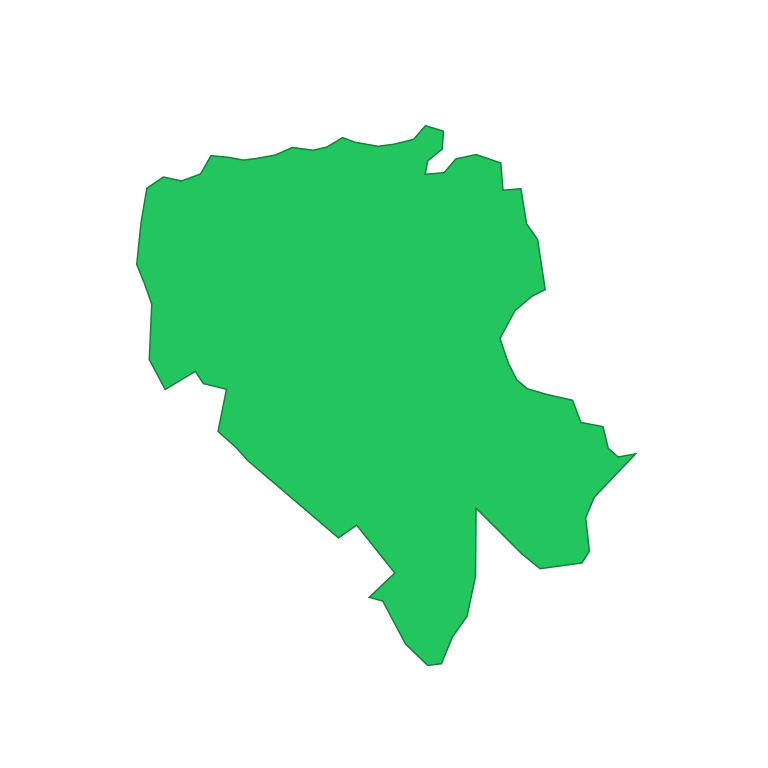 Cerro Grande, Rio Grande do Sul, Brazil (orthographic projection), rotated 66°
{"feature_id": "56859067B54917241472835", "entity_name": "Cerro Grande", "entity_type": "district", "adm_level": 2, "iso_a3": "BRA", "parent_name": "Brazil", "parent_adm1": "Rio Grande do Sul", "projection": "orthographic", "projection_center": [-53.164, -27.629], "detail": "fine", "context": "isolated", "style": "filled", "palette": "green", "viewbox_px": 768, "rotation_deg": 66, "n_neighbors": 0, "source": "geoboundaries", "source_scale": "gbopen_adm2", "svg_char_len": 1070}
<svg xmlns="http://www.w3.org/2000/svg" viewBox="0 0 768 768"><g transform="rotate(66 384 384)"><path d="M550.2,182.6L545.9,199.8L534.1,205.3L512.1,201.3L499.2,219.8L475.6,218.3L460.0,239.2L446.8,254.9L434.2,261.0L415.7,261.9L389.6,259.5L370.3,234.6L364.1,213.4L363.3,198.3L314.5,184.9L295.7,188.6L261.3,179.5L255.4,196.5L229.6,187.4L211.9,206.5L207.6,226.8L215.4,243.1L209.2,261.0L198.0,253.4L193.1,235.3L177.3,226.8L164.9,241.0L172.5,257.4L169.0,277.4L164.4,292.8L151.3,312.2L142.1,321.6L144.3,339.8L141.6,353.7L130.6,371.6L130.6,390.1L126.3,408.0L122.3,421.3L113.2,434.6L105.1,449.2L117.5,466.1L116.2,486.4L105.2,501.3L108.7,521.0L137.4,540.1L174.2,561.3L194.0,561.9L216.6,563.7L266.2,588.5L300.0,586.1L295.7,551.2L310.2,548.8L324.7,530.0L359.8,554.9L382.1,544.9L399.0,539.4L506.1,488.2L501.8,466.4L561.1,451.0L572.9,484.3L581.8,473.4L630.1,470.1L658.8,458.6L662.9,445.3L643.0,424.4L629.9,402.5L596.9,378.6L534.9,350.4L595.5,327.1L616.2,316.5L628.0,275.9L620.3,264.4L588.1,254.1L572.8,237.7L550.2,182.6Z" fill="#22c55e" stroke="#15803d" stroke-width="1.5"/></g></svg>